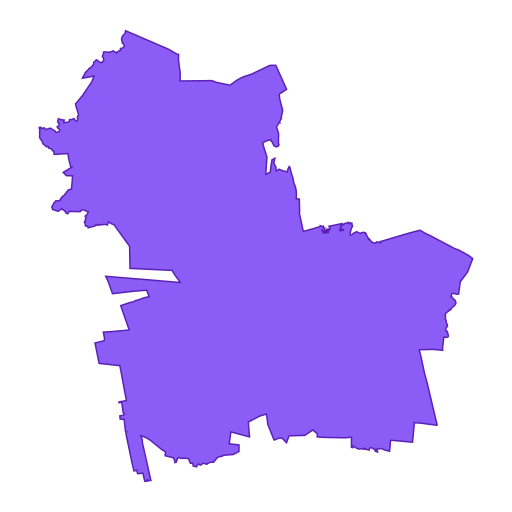 the district of Santa Cruz de Juventino Rosas, Guanajuato, Mexico
{"feature_id": "50627088B19431781026886", "entity_name": "Santa Cruz de Juventino Rosas", "entity_type": "district", "adm_level": 2, "iso_a3": "MEX", "parent_name": "Mexico", "parent_adm1": "Guanajuato", "projection": "albers", "projection_center": [-101.006, 20.683], "detail": "fine", "context": "isolated", "style": "filled", "palette": "violet", "viewbox_px": 512, "rotation_deg": 0, "n_neighbors": 0, "source": "geoboundaries", "source_scale": "gbopen_adm2", "svg_char_len": 5920}
<svg xmlns="http://www.w3.org/2000/svg" viewBox="0 0 512 512"><path d="M251.4,74.2L243.3,76.8L237.8,79.6L229.9,85.2L216.2,82.3L211.9,80.6L180.2,81.0L180.1,71.3L179.8,70.4L178.5,60.0L178.6,54.4L176.7,54.0L168.5,49.2L125.5,30.7L125.3,32.7L122.4,36.3L121.5,38.8L122.3,43.0L123.1,43.4L124.0,45.0L124.1,46.2L123.4,47.4L122.5,48.2L120.8,48.3L120.3,48.8L120.5,50.5L117.8,51.5L116.5,53.0L115.8,52.2L114.9,52.1L113.1,50.8L111.9,51.5L109.4,52.2L103.8,51.9L103.4,52.6L103.5,53.4L102.4,56.3L103.8,59.1L103.3,61.0L102.4,61.7L101.7,62.8L99.2,61.9L97.2,60.2L96.3,59.8L95.4,61.0L94.2,61.7L93.6,62.7L93.6,64.1L91.5,66.8L88.9,68.7L88.6,69.3L85.3,72.6L84.0,75.5L83.3,76.1L82.5,78.2L93.9,76.1L91.9,81.6L82.6,95.4L75.6,103.8L75.7,105.1L78.7,115.2L77.8,116.0L77.3,117.4L77.8,119.2L77.3,120.8L76.4,121.1L75.6,120.8L74.1,118.7L73.5,118.7L71.7,119.7L70.4,119.4L69.6,119.6L69.5,120.9L68.5,122.0L63.8,122.7L63.8,121.5L64.3,120.1L61.6,119.8L58.4,118.8L57.6,121.4L58.6,123.5L59.3,123.9L59.5,124.8L57.9,126.5L57.2,126.6L57.2,127.0L57.6,127.8L59.5,129.5L59.8,130.4L59.0,131.7L56.7,132.3L55.8,132.3L55.1,131.0L52.2,129.4L50.9,128.2L48.2,128.6L45.8,129.7L44.3,127.8L42.3,128.5L41.7,128.4L41.7,128.0L40.0,127.1L39.3,127.7L39.7,128.4L39.3,128.7L40.0,130.0L39.5,131.5L39.8,134.5L39.5,136.7L39.9,138.3L42.1,141.2L43.0,143.8L46.7,146.9L47.9,146.5L48.3,146.7L49.0,148.3L51.2,148.8L52.0,149.3L52.3,150.6L53.9,151.2L54.1,154.4L67.9,153.6L68.7,158.7L70.3,165.5L70.8,166.8L71.9,167.1L63.2,172.4L66.4,175.7L72.5,175.8L72.1,182.5L71.4,189.1L68.3,189.9L63.7,195.9L62.1,196.6L61.5,197.9L60.5,198.8L60.1,200.3L59.5,200.6L55.6,200.9L54.8,202.2L54.2,202.5L51.8,206.9L52.6,209.5L58.1,211.3L61.9,208.6L63.1,209.9L64.8,210.9L65.9,212.9L67.7,213.8L69.2,211.4L80.2,211.7L81.8,209.9L84.2,210.0L85.7,210.9L88.3,211.7L87.1,214.6L85.1,216.1L85.2,216.7L86.1,217.2L86.3,217.7L85.4,219.1L85.5,220.8L84.4,221.6L85.5,225.1L85.3,225.8L87.5,226.4L87.9,226.7L88.2,227.8L95.3,225.8L96.0,224.7L97.6,225.4L98.0,225.3L98.4,224.5L99.7,225.1L101.1,224.7L104.8,224.4L105.9,224.5L107.0,225.0L107.5,224.9L108.3,221.9L111.8,223.9L114.0,224.7L129.6,246.3L130.0,268.4L172.1,270.4L174.2,274.0L180.3,282.5L105.7,276.3L108.1,281.3L112.5,293.7L134.0,291.2L146.6,290.2L149.1,296.6L143.7,297.9L138.4,299.9L135.7,300.5L133.1,301.9L130.0,302.5L120.7,305.6L129.2,330.0L110.5,331.7L103.3,332.1L104.5,338.2L104.3,340.7L95.0,343.0L99.1,363.4L119.9,365.7L126.4,400.6L119.3,401.8L118.9,402.6L120.5,402.5L121.9,402.8L123.1,412.5L124.5,414.0L123.3,415.2L119.8,415.9L120.2,419.1L124.1,419.3L125.5,431.4L126.6,431.9L126.0,432.4L125.9,433.4L132.0,462.8L134.0,471.0L136.8,470.2L137.6,473.7L142.9,473.2L144.8,481.3L147.6,481.1L147.4,479.9L148.7,480.5L150.9,480.5L142.4,442.7L142.3,439.9L140.9,435.8L145.8,437.5L150.4,440.3L162.3,450.0L165.5,451.6L165.1,455.7L173.4,457.8L174.9,461.1L174.9,462.6L176.2,462.2L177.6,458.3L178.2,457.7L179.4,457.7L180.7,458.3L186.2,458.3L188.6,458.8L190.3,463.2L192.7,463.3L193.3,466.1L196.6,466.8L197.7,464.2L198.8,464.1L199.8,465.0L200.4,465.1L201.5,464.6L202.9,463.2L206.7,464.2L207.1,464.1L207.1,463.7L210.2,462.3L213.7,462.2L216.0,459.1L218.3,456.9L220.0,456.7L222.7,455.9L223.6,455.3L233.2,454.5L239.0,451.4L239.0,444.9L229.2,443.8L230.9,431.9L249.5,436.9L248.3,422.1L259.2,416.3L266.5,414.0L267.8,424.4L274.0,439.9L275.5,439.7L278.7,438.1L282.0,438.1L286.5,442.7L288.6,437.0L289.4,435.8L304.8,435.4L312.8,430.0L317.4,433.8L317.2,436.9L323.5,437.4L345.4,437.8L351.5,437.2L351.4,447.2L352.6,447.7L353.0,447.3L353.3,446.0L355.5,447.6L358.7,449.1L360.3,448.7L364.4,449.2L364.5,448.3L366.3,449.4L369.3,450.0L369.4,448.7L370.1,447.8L372.4,448.0L373.3,448.9L374.7,449.2L374.7,449.9L375.3,450.3L375.2,451.1L377.4,452.0L377.7,452.0L376.5,449.2L380.7,448.6L381.9,448.7L384.5,449.9L389.6,451.3L390.6,440.2L412.5,442.2L414.4,422.7L421.3,423.2L436.9,425.3L437.1,424.8L426.9,381.9L424.7,374.2L421.1,357.2L419.3,350.0L419.4,349.7L433.0,349.4L442.6,350.3L442.4,349.9L443.8,337.2L446.6,337.3L447.8,337.0L448.5,336.1L447.3,331.5L446.3,331.4L445.8,328.7L446.1,327.5L447.4,326.6L447.3,324.6L446.3,322.4L446.1,320.4L445.3,319.5L445.5,319.3L445.4,313.5L449.5,310.3L449.5,309.5L450.8,309.7L451.3,308.4L452.3,307.4L454.5,305.7L456.0,302.9L455.1,300.3L452.8,298.3L452.0,296.9L450.7,296.7L451.9,294.1L453.1,293.2L456.6,294.2L458.6,294.1L460.2,282.2L459.8,282.4L467.5,272.1L472.7,258.7L468.8,255.6L458.9,250.1L454.5,248.5L430.2,235.6L425.6,233.5L420.0,230.2L408.3,233.3L380.0,241.7L380.3,242.7L376.5,241.9L375.4,243.2L373.2,242.8L371.4,241.6L369.2,238.9L368.6,239.4L367.5,236.6L365.6,234.1L366.1,233.5L365.0,232.6L363.3,232.3L360.8,233.0L360.2,233.5L356.7,231.7L353.3,233.4L351.8,234.7L350.5,234.9L350.1,233.3L351.0,229.5L352.4,226.3L352.5,225.4L351.8,224.4L351.9,223.1L349.8,222.9L349.9,223.3L348.3,222.3L347.9,223.3L346.0,223.0L343.4,224.3L341.5,225.6L340.7,228.1L340.8,229.1L343.2,229.6L343.4,230.2L340.1,230.7L340.1,228.8L340.5,227.0L341.1,224.7L341.8,223.6L328.9,226.3L330.1,227.8L330.1,228.8L329.8,229.6L328.5,230.7L328.4,232.4L327.6,232.5L328.0,230.3L328.6,229.6L328.5,229.0L327.9,229.3L326.8,229.2L326.4,229.5L326.4,230.3L326.7,231.0L326.5,231.8L326.9,232.6L323.4,233.1L321.5,229.2L324.2,231.8L325.3,231.9L324.9,230.1L324.5,229.4L324.7,227.9L323.9,228.0L323.6,227.7L323.3,226.1L322.2,226.6L320.4,225.7L320.5,226.4L315.6,228.0L303.3,231.4L299.4,213.3L299.6,211.3L299.3,199.0L296.3,198.9L296.4,194.8L296.1,190.0L295.1,185.9L293.8,182.9L293.0,178.2L291.2,172.8L289.9,167.3L289.1,166.6L287.7,169.7L287.2,171.9L281.0,170.2L279.0,169.2L276.3,171.0L275.9,170.6L276.0,167.3L273.8,163.0L274.9,158.3L272.0,159.8L270.8,167.4L270.3,172.1L265.8,174.3L266.9,157.0L262.6,143.2L265.3,141.3L270.9,139.6L271.2,141.2L272.0,141.7L273.9,145.7L275.8,146.8L278.1,146.4L279.0,144.6L278.4,143.2L278.6,133.5L276.5,126.9L279.3,122.4L279.7,122.6L279.5,122.0L281.4,118.3L281.2,117.5L282.7,110.3L279.7,99.0L279.3,95.7L279.4,94.0L286.6,89.3L275.8,65.3L269.7,65.4L251.4,74.2Z" fill="#8b5cf6" stroke="#5b21b6" stroke-width="1.5"/></svg>